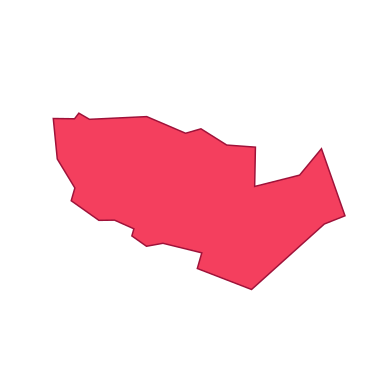 Mundri East, Western Equatoria, South Sudan, rotated 106°
{"feature_id": "79223893B67918062022173", "entity_name": "Mundri East", "entity_type": "district", "adm_level": 2, "iso_a3": "SSD", "parent_name": "South Sudan", "parent_adm1": "Western Equatoria", "projection": "equal_earth", "projection_center": [30.696, 5.301], "detail": "fine", "context": "isolated", "style": "filled", "palette": "rose", "viewbox_px": 384, "rotation_deg": 106, "n_neighbors": 0, "source": "geoboundaries", "source_scale": "gbopen_adm2", "svg_char_len": 503}
<svg xmlns="http://www.w3.org/2000/svg" viewBox="0 0 384 384"><g transform="rotate(106 192 192)"><path d="M247.8,166.0L247.8,165.8L264.1,165.8L269.3,107.9L186.3,56.0L172.7,38.4L114.7,79.5L146.1,93.2L169.4,133.3L131.4,143.4L137.3,171.6L128.8,200.8L137.3,214.4L132.0,256.3L150.4,310.6L147.4,322.5L154.0,325.1L159.6,345.6L197.4,330.6L220.4,305.7L233.7,305.7L244.9,273.7L240.4,258.7L243.4,237.7L250.8,237.7L256.7,220.8L249.3,205.8L247.8,166.0Z" fill="#f43f5e" stroke="#9f1239" stroke-width="1.5"/></g></svg>